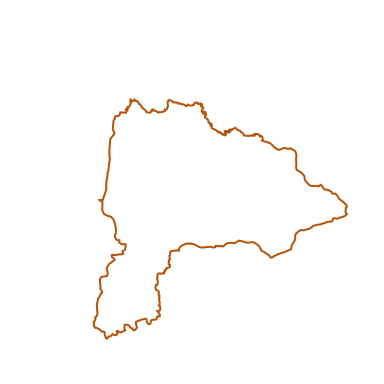 the district of Kueneng, Berea, Lesotho, rotated 339°
{"feature_id": "5366337B11149165517433", "entity_name": "Kueneng", "entity_type": "district", "adm_level": 2, "iso_a3": "LSO", "parent_name": "Lesotho", "parent_adm1": "Berea", "projection": "orthographic", "projection_center": [27.999, -29.014], "detail": "fine", "context": "isolated", "style": "outline", "palette": "amber", "viewbox_px": 384, "rotation_deg": 339, "n_neighbors": 0, "source": "geoboundaries", "source_scale": "gbopen_adm2", "svg_char_len": 6037}
<svg xmlns="http://www.w3.org/2000/svg" viewBox="0 0 384 384"><g transform="rotate(339 192 192)"><path d="M328.7,268.0L328.0,266.6L328.6,264.6L330.1,261.8L331.4,261.1L331.4,259.5L329.8,255.6L326.8,251.0L326.4,247.7L325.5,245.5L324.9,244.6L323.3,244.3L322.4,243.5L322.1,241.5L320.9,240.0L319.1,238.4L316.2,236.7L315.6,233.5L314.7,231.4L312.2,232.1L311.3,231.2L306.0,229.4L304.2,228.0L302.0,222.5L301.7,221.3L302.0,219.5L302.7,217.4L300.8,212.8L297.7,208.7L297.7,207.5L298.3,205.6L299.3,203.8L300.2,200.6L301.8,196.7L302.7,195.3L303.0,191.9L302.7,190.2L300.5,187.9L299.9,186.6L297.1,186.3L295.8,185.1L293.7,183.8L290.4,184.0L288.1,183.8L286.3,181.8L284.8,179.6L283.5,176.4L282.6,174.8L281.0,173.2L275.8,169.2L277.1,167.9L277.3,165.6L276.7,164.3L275.2,164.5L275.2,163.1L274.8,161.9L271.6,160.3L270.4,160.5L270.8,161.7L268.9,161.4L267.9,160.5L265.7,160.2L260.8,157.9L260.8,156.7L260.3,154.9L259.5,154.1L258.8,152.3L256.5,150.1L256.3,148.8L255.4,147.5L252.1,148.1L251.6,147.9L251.6,148.4L251.0,148.7L250.7,148.6L250.0,147.4L249.3,147.2L249.1,147.7L249.5,148.1L248.7,149.6L248.1,149.8L247.7,149.2L248.6,148.2L248.6,147.8L247.3,147.8L246.5,148.9L246.2,148.6L246.3,148.1L245.9,147.3L244.8,146.9L244.3,147.1L244.0,147.8L245.0,147.8L245.4,148.4L244.8,149.5L244.1,149.4L243.9,150.8L243.6,151.0L242.3,150.6L241.8,149.2L240.6,148.9L240.0,146.5L239.5,145.9L238.7,146.3L238.1,145.9L237.8,144.8L236.0,142.1L234.7,141.2L233.3,139.1L234.3,137.5L233.0,136.6L233.4,135.6L234.5,135.6L234.4,134.9L234.1,134.6L233.5,134.8L232.8,134.2L232.8,133.3L232.3,132.4L232.8,131.5L232.9,130.5L231.8,128.4L230.8,127.1L230.7,126.4L231.4,125.4L232.8,125.2L233.1,123.1L232.9,121.9L232.2,121.3L231.3,123.1L230.8,123.1L230.3,122.6L230.4,121.5L230.0,120.2L230.5,118.9L232.6,117.9L232.6,116.8L231.2,115.5L230.9,114.6L231.3,114.2L231.8,114.6L232.4,114.7L232.7,114.3L232.7,113.6L231.8,112.5L229.4,112.2L229.2,111.7L229.3,110.4L228.0,110.3L226.7,109.6L225.0,111.2L224.5,110.9L223.6,111.4L222.5,111.2L220.5,110.1L219.3,108.8L218.1,109.8L217.0,109.5L216.7,108.5L215.5,107.2L213.9,106.5L212.7,105.3L210.5,104.4L210.7,103.5L206.5,101.5L206.4,100.4L205.3,99.7L204.9,98.8L204.1,97.9L202.7,98.1L202.2,98.5L202.2,99.1L201.3,99.4L200.3,103.5L198.8,104.5L198.5,105.5L197.3,105.8L196.4,106.5L195.7,106.4L195.6,105.9L195.1,106.6L194.3,106.4L193.8,106.8L191.2,106.2L189.9,105.6L189.4,105.8L188.4,105.4L187.7,103.7L185.9,102.4L185.4,101.1L185.0,101.3L184.9,101.9L184.6,102.0L184.2,100.9L183.7,101.0L181.7,103.0L180.1,102.5L179.4,101.8L178.2,101.4L177.7,98.4L176.4,96.9L175.6,95.0L175.2,92.0L174.1,90.8L174.0,88.3L173.4,88.0L172.5,86.7L171.6,86.5L171.7,85.4L171.4,85.0L170.1,85.8L169.1,85.8L168.0,84.6L168.1,83.9L167.8,83.6L166.9,85.1L167.1,85.5L168.0,85.7L168.0,86.2L167.3,86.3L166.2,87.2L166.2,87.9L164.8,89.0L164.4,89.6L163.6,89.9L162.6,89.5L162.1,89.7L162.4,90.7L161.5,91.4L161.0,92.7L160.4,92.4L160.5,91.1L160.0,91.0L159.6,91.7L159.7,93.3L158.9,94.4L153.6,91.9L152.7,93.4L151.5,94.4L149.1,94.4L147.6,93.7L146.2,96.0L144.3,97.3L140.7,104.7L140.5,106.0L140.8,108.4L140.3,110.0L135.6,112.6L134.2,114.1L129.3,124.7L127.6,129.5L127.3,131.6L125.3,134.9L121.4,142.3L119.6,144.5L119.2,146.1L115.5,152.1L112.9,158.8L106.0,167.3L102.9,166.5L104.8,169.4L101.9,176.2L101.7,178.3L102.0,181.1L104.2,183.6L107.5,186.1L108.8,189.3L108.8,194.1L108.1,196.9L108.1,198.3L106.0,203.4L104.4,204.5L103.9,207.3L104.2,208.9L104.8,210.0L105.7,210.6L106.9,211.0L106.0,213.3L107.3,214.8L107.9,215.9L109.1,216.3L110.4,216.3L111.3,217.2L109.7,220.6L108.5,222.1L106.9,222.1L105.7,222.5L105.7,225.0L102.9,224.7L101.1,223.9L99.6,223.8L98.6,223.4L97.3,223.4L95.5,222.3L94.3,222.3L94.0,224.1L95.2,226.1L95.5,227.6L88.7,229.6L85.9,231.8L84.7,233.1L84.7,235.6L84.4,237.0L84.1,238.1L83.2,239.3L82.3,240.0L77.3,238.8L75.4,239.7L74.5,241.1L73.6,243.9L73.0,245.9L73.0,247.3L71.7,248.9L72.3,251.9L72.1,253.8L70.2,254.3L67.7,257.0L65.9,258.1L64.9,260.0L63.7,261.6L62.5,263.7L60.0,272.1L58.2,273.9L56.6,274.5L56.3,276.1L55.1,277.4L53.5,277.9L53.5,279.6L52.6,281.2L52.6,282.3L52.9,284.1L54.0,284.5L55.9,286.4L57.3,288.7L57.7,290.1L59.5,290.6L60.2,291.5L59.3,293.9L59.5,295.1L59.3,297.5L60.0,298.4L62.2,297.2L65.1,297.3L66.8,296.2L68.8,298.2L70.8,298.2L71.4,297.6L71.7,295.1L72.2,294.9L73.1,295.2L73.8,296.9L75.2,297.5L80.1,297.2L80.1,295.1L80.9,292.7L81.3,292.2L82.2,291.9L85.1,293.6L85.5,294.3L86.0,296.9L87.7,298.1L87.4,299.5L88.3,300.4L90.0,300.1L92.0,298.9L92.7,293.7L93.4,293.1L98.7,293.1L103.3,293.6L103.9,294.4L103.4,296.6L103.4,298.4L104.0,299.6L104.9,300.0L106.2,299.9L107.3,297.7L108.4,297.1L109.2,297.1L112.3,298.1L113.4,297.7L115.3,295.7L117.3,296.5L118.1,295.0L117.0,290.8L118.3,291.2L119.4,291.0L120.6,289.8L121.2,287.0L120.3,286.1L121.5,285.2L122.0,284.3L122.9,280.0L123.9,279.0L123.8,277.7L124.6,276.9L123.9,275.7L124.9,274.3L125.3,273.2L124.5,271.4L123.5,270.5L123.5,267.9L124.6,266.8L125.0,265.8L125.9,266.2L126.7,265.8L127.5,264.5L128.2,262.5L128.3,260.4L129.2,259.3L129.1,258.8L130.6,256.4L131.7,256.0L134.0,257.3L135.9,257.3L136.7,258.0L137.3,256.8L138.4,256.4L138.5,255.2L140.3,254.9L140.9,253.9L143.6,254.4L145.0,253.4L145.2,252.2L144.4,251.3L144.7,249.9L145.7,249.0L145.7,247.9L146.2,247.2L147.4,246.8L147.9,243.6L148.9,243.0L150.5,239.9L153.3,240.1L158.9,241.9L158.7,240.9L159.8,240.4L160.9,239.2L164.1,238.2L165.3,238.4L167.3,238.0L171.3,239.2L172.0,240.0L173.2,240.0L173.4,240.4L175.3,241.6L179.1,246.1L181.6,247.6L187.8,249.1L189.8,249.9L192.4,251.7L193.8,251.8L194.6,250.7L201.9,254.0L204.9,252.6L207.2,252.6L210.4,253.4L212.5,254.8L215.8,254.9L218.0,254.1L220.5,255.5L225.6,259.3L230.5,260.4L232.5,262.1L235.3,266.7L235.9,271.9L237.5,273.4L238.9,275.7L241.3,278.6L241.5,280.6L242.4,281.7L244.6,281.8L245.4,281.2L251.6,280.9L256.4,281.3L263.8,280.9L266.5,277.0L269.5,275.0L271.5,272.9L272.9,269.2L274.6,268.0L277.7,266.8L280.1,266.5L281.7,267.5L287.4,268.3L289.0,268.3L293.1,267.1L294.4,267.1L300.6,268.2L308.8,268.7L310.2,269.0L311.6,269.7L313.3,268.7L314.1,267.4L315.4,267.4L317.5,268.7L318.9,269.1L320.6,268.8L322.9,269.3L326.5,269.1L328.7,268.0Z" fill="none" stroke="#b45309" stroke-width="2"/></g></svg>